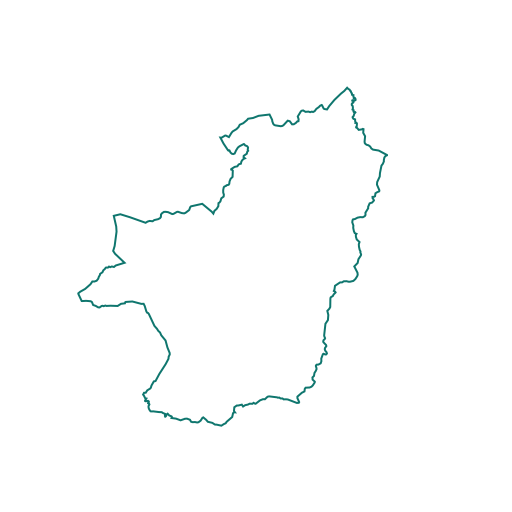 Dak To, Kon Tum, Vietnam (Albers equal-area conic projection), rotated 223°
{"feature_id": "81297802B52627388081803", "entity_name": "Dak To", "entity_type": "district", "adm_level": 2, "iso_a3": "VNM", "parent_name": "Vietnam", "parent_adm1": "Kon Tum", "projection": "albers", "projection_center": [107.823, 14.684], "detail": "fine", "context": "isolated", "style": "outline", "palette": "teal", "viewbox_px": 512, "rotation_deg": 223, "n_neighbors": 0, "source": "geoboundaries", "source_scale": "gbopen_adm2", "svg_char_len": 6113}
<svg xmlns="http://www.w3.org/2000/svg" viewBox="0 0 512 512"><g transform="rotate(223 256 256)"><path d="M383.7,194.0L387.4,188.4L378.3,182.2L374.6,178.7L366.2,166.9L363.9,162.3L360.6,161.5L347.5,161.4L352.1,153.4L352.4,151.1L354.3,150.0L355.0,148.4L356.3,148.0L356.4,146.5L357.8,145.3L357.9,144.9L357.7,143.3L357.9,141.4L357.2,139.4L357.8,136.6L357.1,135.4L356.8,133.7L355.9,131.8L355.7,129.2L356.8,127.1L358.3,125.8L357.8,122.4L358.5,115.4L360.2,110.0L360.5,107.5L359.8,107.0L353.3,104.4L352.8,104.2L352.4,104.5L349.6,107.4L346.0,110.2L344.5,110.4L341.7,109.1L339.2,110.2L336.4,110.8L335.3,111.7L334.8,114.2L334.2,115.0L333.2,115.4L332.4,117.0L331.3,117.5L328.5,120.4L323.1,125.1L322.1,129.0L319.6,132.0L320.1,133.0L319.9,133.6L315.4,138.4L307.2,142.8L305.6,144.4L303.2,143.5L298.4,140.7L297.0,140.3L295.9,140.7L294.8,140.5L282.6,135.6L278.6,135.2L276.5,134.6L274.0,134.6L271.2,133.4L264.5,132.5L258.4,128.7L253.0,126.2L251.9,125.1L251.2,122.8L249.9,121.1L248.3,115.2L246.3,104.0L244.2,96.0L245.2,94.6L244.1,90.0L243.1,88.0L243.0,86.9L243.9,83.6L243.4,80.8L244.6,79.6L244.0,77.6L243.2,77.6L240.0,76.4L239.0,77.0L238.5,74.6L238.1,74.3L237.5,74.6L236.2,76.4L235.2,76.5L234.8,76.2L234.8,75.2L234.5,74.7L233.3,75.0L232.7,74.7L232.3,73.1L231.7,72.3L230.3,71.3L228.5,70.7L227.2,70.5L226.7,70.8L225.2,72.3L220.5,75.7L218.4,77.5L216.9,77.7L214.9,78.5L213.4,76.8L212.8,76.6L212.6,77.3L213.3,79.6L213.1,80.4L210.7,80.2L208.4,81.1L207.7,80.9L207.3,79.9L203.6,82.5L199.1,84.4L196.9,88.6L195.5,90.0L192.6,91.2L190.5,90.5L189.2,91.1L187.3,93.0L185.5,94.1L184.7,95.2L184.2,97.8L184.8,101.1L184.5,102.0L180.7,102.2L178.2,101.9L174.1,104.2L171.1,104.7L169.8,105.8L165.6,108.3L164.9,111.1L164.1,113.0L164.4,114.7L163.6,122.0L165.6,125.4L165.3,126.9L164.8,127.3L166.4,127.6L168.7,130.6L168.1,133.5L166.9,134.7L165.0,137.6L162.8,137.1L162.2,139.5L160.6,141.8L159.9,143.7L157.9,145.4L157.6,147.0L156.4,147.2L155.5,147.7L154.6,153.2L153.2,156.1L151.8,157.3L151.6,160.6L151.3,161.5L150.4,162.5L144.2,167.0L143.3,167.3L142.5,168.3L140.8,168.6L139.4,169.9L138.0,170.0L136.3,171.7L134.8,172.8L125.9,176.4L124.6,177.8L124.8,178.6L128.8,180.3L129.8,181.4L129.2,187.3L128.2,190.0L129.7,192.1L129.9,193.5L127.1,196.4L126.3,198.2L126.2,200.0L126.8,203.5L127.3,204.2L130.3,204.2L131.9,205.7L131.8,207.8L133.5,210.4L133.9,212.7L134.6,214.6L135.5,215.4L137.0,216.2L137.5,216.8L137.5,217.9L136.3,219.2L135.5,221.6L136.4,223.6L138.3,225.5L140.1,229.8L139.9,230.6L138.2,231.2L137.6,231.8L137.6,233.0L138.7,233.7L140.9,234.0L142.2,234.8L142.8,235.8L143.1,238.1L144.1,238.7L147.9,238.9L148.7,239.5L149.2,240.6L149.1,242.2L149.4,243.0L151.2,243.8L152.0,244.4L159.0,253.8L159.7,258.2L162.9,262.2L166.4,264.5L166.4,267.5L166.9,269.3L172.4,275.4L173.1,276.5L173.1,277.1L172.5,279.1L173.0,280.8L172.9,283.6L173.7,283.9L175.2,283.5L175.7,284.9L177.9,288.1L176.5,294.0L175.0,295.5L174.6,297.3L172.6,299.3L170.8,300.3L169.7,301.3L167.8,304.2L167.6,306.9L168.2,310.2L168.8,311.6L170.4,313.0L177.0,315.4L176.9,320.2L178.9,323.5L179.7,328.0L180.2,328.8L182.3,329.9L182.7,330.6L184.4,331.2L187.0,333.0L188.9,334.8L189.8,336.8L193.6,336.8L195.9,338.1L197.0,339.1L197.5,339.8L197.6,340.7L199.4,340.1L201.3,340.9L204.1,342.9L205.6,344.7L208.6,346.3L209.8,348.0L210.0,349.0L208.9,350.4L207.9,353.3L206.3,355.5L204.3,357.2L203.6,359.3L203.9,360.7L205.5,362.3L206.5,367.4L207.5,368.4L208.8,372.0L207.5,374.3L207.6,377.0L208.5,377.5L210.2,377.8L211.1,378.7L210.0,379.9L209.7,380.9L211.4,383.3L211.0,385.0L210.0,387.3L210.6,388.2L216.2,390.7L217.8,392.7L219.7,398.5L221.9,401.2L225.9,407.7L226.1,409.9L227.0,412.4L227.9,413.3L229.3,415.6L229.5,417.3L228.9,419.0L229.1,419.2L238.2,416.8L243.0,413.6L245.0,413.3L247.1,413.9L249.2,413.7L250.9,412.8L252.3,412.6L253.5,412.8L254.6,413.7L257.9,418.0L261.6,419.2L263.9,422.1L264.6,421.8L265.0,420.7L266.9,418.3L269.3,418.6L270.2,418.3L270.7,418.5L270.8,419.6L272.5,421.7L273.1,421.9L274.1,421.1L274.7,422.0L275.4,422.2L276.7,423.5L278.3,422.8L279.6,423.1L280.1,423.5L280.1,425.0L281.2,427.2L281.2,428.8L281.6,428.9L282.7,428.0L283.2,428.1L284.0,429.2L285.3,428.9L285.9,430.2L287.5,431.6L288.8,431.7L289.6,432.4L289.8,433.5L289.5,434.5L289.8,435.5L290.3,435.7L291.5,435.2L291.7,435.4L291.4,436.1L289.6,437.6L289.6,438.1L290.5,438.8L291.5,439.0L292.3,438.2L293.3,439.1L293.9,439.3L294.4,440.1L295.8,439.4L296.8,440.4L297.8,440.4L299.0,441.2L299.7,441.0L300.9,441.5L302.5,441.1L304.1,441.2L304.0,436.9L304.6,432.8L305.1,423.7L304.7,415.6L304.0,411.6L306.3,410.1L307.1,410.0L310.6,411.3L311.0,411.2L311.6,409.6L311.6,407.8L312.2,404.8L311.9,401.9L312.5,400.2L313.6,399.7L314.5,398.1L316.1,397.4L318.1,395.2L320.8,394.6L321.7,393.3L321.8,392.3L320.6,386.5L318.1,385.1L316.9,383.5L317.6,382.6L317.6,380.5L318.2,378.1L319.4,376.9L323.2,377.6L325.1,376.6L325.1,370.3L325.5,369.0L326.4,367.8L331.0,364.7L332.0,364.3L333.5,364.4L335.9,365.6L337.1,366.6L342.6,368.7L349.7,360.3L352.3,354.9L355.4,351.0L355.3,349.2L355.9,344.4L357.4,340.9L356.7,338.3L356.8,335.5L358.0,331.2L357.9,329.3L356.9,324.5L360.0,323.6L360.7,323.1L361.9,319.0L362.8,318.3L356.5,316.1L348.5,314.2L348.0,314.3L347.9,314.9L347.4,315.1L345.3,314.3L343.5,314.3L342.2,315.0L341.5,316.4L342.6,319.7L343.2,323.0L342.9,325.0L341.3,329.5L341.0,329.7L339.2,329.5L337.7,330.2L336.7,330.2L335.8,329.9L334.4,327.9L333.5,327.6L333.5,326.3L332.5,324.5L333.3,320.9L332.5,319.8L330.7,319.9L331.3,318.5L331.4,316.7L331.1,315.1L330.0,313.2L330.9,311.8L331.1,310.9L330.8,308.9L332.4,306.6L333.4,302.7L333.1,302.3L332.1,302.7L331.2,302.6L327.1,297.9L327.2,295.1L326.2,292.5L324.8,290.6L324.6,289.4L325.8,287.6L325.7,287.0L326.5,285.1L326.4,284.2L325.0,281.9L323.2,280.0L321.4,279.0L320.2,277.4L320.7,274.5L319.3,271.7L319.2,270.2L319.5,269.1L317.5,266.7L316.9,263.6L317.2,260.7L316.1,257.9L318.5,258.2L330.9,257.5L337.4,248.0L337.4,246.7L336.3,244.3L336.3,243.6L337.0,239.5L337.6,238.2L339.5,236.8L343.3,235.1L343.9,234.3L345.1,230.5L345.9,229.5L350.2,228.1L352.2,226.7L353.4,225.5L353.9,223.3L353.8,221.6L352.2,219.7L352.0,218.2L352.7,216.2L354.9,212.9L355.3,210.9L357.7,209.1L358.8,207.2L359.4,205.0L374.6,198.4L383.7,194.0Z" fill="none" stroke="#0f766e" stroke-width="2"/></g></svg>